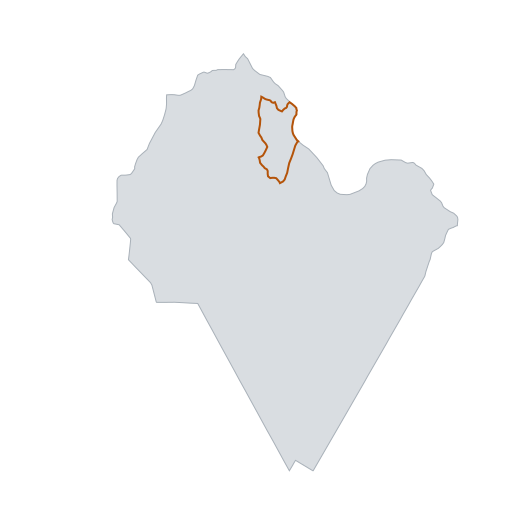 Libya, with Misratah highlighted, rotated 31°
{"feature_id": "LBY-2970", "entity_name": "Misratah", "entity_type": "Municipality", "adm_level": 1, "iso_a3": "LBY", "parent_name": "Libya", "parent_adm1": "", "projection": "natural_earth1", "projection_center": [15.024, 30.913], "detail": "fine", "context": "in_parent", "style": "outline", "palette": "amber", "viewbox_px": 512, "rotation_deg": 31, "n_neighbors": 0, "source": "natural_earth", "source_scale": "10m", "svg_char_len": 4527}
<svg xmlns="http://www.w3.org/2000/svg" viewBox="0 0 512 512"><g transform="rotate(31 256 256)"><path d="M100.6,161.1L103.0,159.8L106.4,158.4L108.2,157.3L109.0,156.3L111.6,152.6L112.9,150.5L114.8,147.6L115.6,145.6L115.6,143.8L115.4,141.5L114.0,136.2L112.9,131.0L113.9,129.0L114.6,128.0L116.2,125.6L116.8,125.1L120.2,124.4L121.6,122.7L122.7,120.7L122.9,119.6L124.4,118.5L126.2,117.4L127.3,115.9L130.9,113.7L134.2,111.7L138.0,109.5L140.9,107.8L141.5,106.4L141.5,105.1L140.0,102.2L140.0,98.8L140.1,96.0L140.3,94.4L141.0,89.7L141.1,89.1L144.1,90.6L147.2,91.2L156.4,97.0L159.3,97.7L165.8,98.4L173.5,96.0L176.4,95.6L181.4,97.8L183.6,98.4L187.3,98.6L193.7,100.6L195.3,101.3L199.0,104.5L200.8,105.4L214.0,108.4L215.8,110.3L217.6,114.0L217.7,118.6L218.7,122.0L220.4,126.3L222.4,129.4L224.6,131.9L227.1,133.5L232.9,135.9L239.4,136.8L246.1,137.1L257.4,140.3L267.1,144.1L269.5,145.9L274.3,147.8L284.0,156.6L289.3,159.6L293.1,160.2L296.5,159.7L302.4,156.6L304.8,154.8L310.7,147.2L312.7,143.2L313.4,140.4L313.2,137.5L312.4,135.0L310.7,132.3L309.5,128.7L308.7,122.4L309.6,117.9L310.7,115.3L312.4,112.6L317.3,107.4L322.3,103.8L331.0,99.0L336.1,98.9L338.1,98.4L342.3,95.0L344.0,94.9L346.3,95.7L353.2,95.5L356.3,96.4L360.0,98.5L364.6,99.8L367.9,101.1L371.4,102.8L372.2,107.0L371.9,108.2L371.8,109.8L375.5,112.7L385.7,114.0L387.7,114.8L390.6,117.0L392.4,117.7L399.4,118.0L403.4,117.5L407.3,118.3L408.8,119.0L410.3,120.8L412.2,124.9L413.0,126.3L412.2,127.0L411.2,128.5L410.5,129.8L408.7,131.9L407.2,134.1L407.5,137.5L407.9,140.8L409.0,144.1L410.0,147.8L409.8,150.2L409.1,153.1L408.3,155.6L405.4,160.6L404.9,161.8L405.1,163.5L407.1,169.5L407.3,171.4L408.6,177.2L409.7,182.0L410.9,185.7L411.1,186.7L411.2,192.2L411.4,197.7L411.5,203.1L411.6,208.6L411.7,214.1L411.9,219.6L412.0,225.1L412.1,230.6L412.3,236.0L412.4,241.5L412.5,247.0L412.6,252.5L412.7,258.0L412.9,263.4L413.0,268.9L413.1,274.4L413.2,279.9L413.3,285.4L413.4,290.8L413.5,296.3L413.6,301.8L413.8,307.3L413.9,312.8L414.0,318.2L414.1,323.7L414.2,329.2L414.3,334.7L414.4,340.1L414.5,345.6L414.6,351.1L414.7,356.6L414.8,362.0L415.0,374.2L415.2,386.3L415.4,398.5L415.6,410.6L415.4,410.7L415.3,410.8L410.3,410.8L405.2,410.8L400.1,410.8L395.1,410.8L395.1,413.8L395.2,416.8L395.2,419.9L395.2,422.9L385.3,417.2L375.4,411.4L365.5,405.6L355.5,399.9L345.6,394.1L335.7,388.3L325.9,382.6L316.0,376.8L306.1,371.1L296.3,365.3L286.4,359.5L276.6,353.8L266.7,348.0L256.9,342.2L247.1,336.5L237.3,330.7L230.5,326.7L223.3,330.6L217.5,333.6L210.0,337.6L201.4,342.9L194.7,346.9L194.4,346.8L194.1,346.7L187.2,339.9L181.8,334.6L179.4,333.2L169.3,330.5L159.2,327.8L148.6,324.9L146.7,320.6L144.5,315.8L141.7,309.8L139.9,306.1L139.3,305.5L131.2,302.6L122.6,299.7L117.6,301.5L116.7,301.3L115.3,300.2L113.9,298.8L113.2,296.7L111.2,293.9L109.4,287.5L109.2,282.5L108.9,280.7L104.5,273.5L100.5,267.1L97.9,262.7L97.4,260.8L97.7,258.4L98.8,256.2L102.8,253.7L106.3,250.9L106.8,249.0L107.1,243.7L106.0,242.0L105.2,238.9L104.4,234.6L104.3,231.9L105.9,226.5L107.8,220.8L106.7,214.5L106.0,201.9L106.7,191.9L106.3,188.3L106.0,186.8L104.9,182.1L103.5,177.3L102.9,175.6L101.0,171.7L98.0,166.9L96.4,163.9L98.6,162.4L100.6,161.1Z" fill="#d9dde1" stroke="#a8b0b8" stroke-width="1"/><path d="M205.6,106.9L208.7,107.1L212.7,107.8L213.6,108.2L214.1,108.3L214.4,108.4L215.1,109.4L215.8,109.9L216.1,110.2L216.3,111.1L216.5,111.6L216.9,112.4L217.7,113.7L217.8,114.0L217.8,114.5L217.6,115.4L217.6,116.4L217.5,117.0L217.7,118.8L217.8,119.6L220.2,126.1L220.7,127.0L222.9,130.2L224.2,131.6L225.7,132.8L231.3,135.6L233.2,135.9L233.1,136.2L232.7,137.1L232.8,141.1L233.7,144.7L235.0,149.9L235.9,154.7L236.6,159.2L238.1,163.7L239.9,168.7L240.5,172.5L241.2,175.7L240.8,178.2L239.0,181.2L238.0,180.5L236.1,179.8L233.3,178.9L231.3,179.6L229.4,180.8L228.1,181.9L225.3,181.5L223.8,179.7L222.5,177.5L221.9,176.8L220.6,176.1L218.2,176.2L216.5,175.5L214.5,175.1L211.5,174.0L210.0,172.2L208.5,170.7L207.5,170.1L207.8,169.6L209.1,168.2L210.1,166.3L210.1,163.5L209.9,160.4L209.5,156.7L207.7,155.4L206.1,154.6L201.7,153.3L199.5,151.6L197.6,150.8L194.7,149.1L193.6,146.3L191.8,141.5L189.2,136.4L188.8,136.0L187.7,135.2L186.5,134.4L184.3,131.6L183.2,129.9L182.5,127.3L181.6,125.1L180.4,122.5L179.6,118.9L178.5,116.7L179.8,116.6L182.9,116.7L184.1,116.5L186.1,115.9L187.2,115.5L188.5,115.4L189.8,116.0L190.4,116.1L191.9,115.8L193.0,114.4L196.2,116.8L197.8,118.5L199.9,119.2L202.5,118.9L203.8,118.7L204.1,116.5L204.8,114.5L205.6,113.5L205.7,112.1L205.1,110.8L204.9,109.5L205.3,107.8L205.6,107.2L205.6,106.9Z" fill="none" stroke="#b45309" stroke-width="2"/></g></svg>